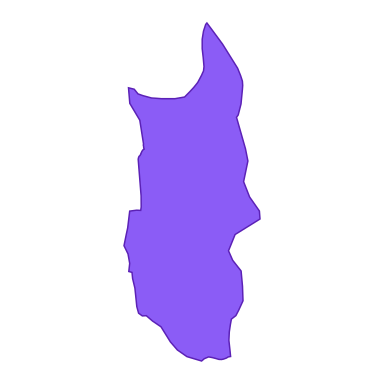 the district of Oye, Ekiti, Nigeria
{"feature_id": "59680162B43824241108050", "entity_name": "Oye", "entity_type": "district", "adm_level": 2, "iso_a3": "NGA", "parent_name": "Nigeria", "parent_adm1": "Ekiti", "projection": "equal_earth", "projection_center": [5.315, 7.904], "detail": "fine", "context": "isolated", "style": "filled", "palette": "violet", "viewbox_px": 384, "rotation_deg": 0, "n_neighbors": 0, "source": "geoboundaries", "source_scale": "gbopen_adm2", "svg_char_len": 1744}
<svg xmlns="http://www.w3.org/2000/svg" viewBox="0 0 384 384"><path d="M230.6,356.5L229.9,349.5L228.9,340.4L229.3,331.9L230.4,324.5L231.4,319.1L235.9,315.6L238.7,310.2L243.0,300.8L242.5,286.3L241.1,271.0L232.7,260.3L228.5,250.8L235.1,234.5L260.0,219.0L259.4,211.0L249.6,197.0L243.6,181.7L247.9,161.0L245.5,148.9L236.5,117.3L238.2,115.0L241.0,104.0L242.4,89.6L242.7,85.5L242.4,81.1L240.6,75.6L237.6,68.2L222.6,44.2L211.7,29.4L206.9,23.0L205.7,24.4L203.5,31.1L203.2,33.0L202.2,39.2L202.2,48.7L203.2,57.5L204.0,66.6L203.5,71.0L202.5,73.1L201.7,75.0L197.7,82.5L193.7,87.5L189.9,91.6L184.6,97.0L174.9,98.7L171.4,98.7L162.4,98.7L161.6,98.7L156.5,98.3L151.6,98.0L142.8,95.6L138.0,93.9L134.2,89.2L128.5,87.8L129.8,103.4L139.8,120.2L143.5,143.8L143.5,144.3L143.3,145.0L143.4,145.4L143.4,145.6L143.5,145.9L143.6,146.4L143.6,146.7L143.7,147.2L143.7,147.3L143.7,147.6L143.7,147.9L143.8,148.0L143.9,148.3L144.1,148.8L144.2,149.1L143.2,149.6L142.5,150.5L141.9,151.4L141.5,152.3L141.1,153.3L140.9,153.4L140.9,153.7L140.8,154.0L140.7,154.4L140.4,154.7L140.3,155.1L140.0,155.4L139.9,155.6L139.6,155.9L139.3,156.2L139.2,156.2L139.0,156.4L138.9,156.6L138.8,157.0L138.7,157.2L138.6,157.5L138.4,158.0L138.3,158.4L138.3,158.5L138.3,158.9L138.3,159.1L138.2,159.3L138.2,159.5L141.1,195.9L141.2,207.0L140.7,210.4L136.6,210.2L129.7,211.1L127.7,227.8L126.2,234.8L124.0,245.7L128.0,253.9L129.7,263.4L128.8,271.5L132.0,272.4L132.6,278.5L134.9,288.1L135.3,292.0L135.7,295.7L136.8,306.6L138.6,313.2L142.3,315.9L146.3,315.7L152.6,321.1L161.0,326.8L170.4,341.9L177.4,350.0L186.9,356.6L201.6,361.0L204.3,358.7L208.6,356.9L212.4,357.6L215.8,358.5L218.9,359.4L221.5,359.5L223.5,359.1L226.3,358.1L228.3,356.9L230.6,356.5Z" fill="#8b5cf6" stroke="#5b21b6" stroke-width="1.5"/></svg>